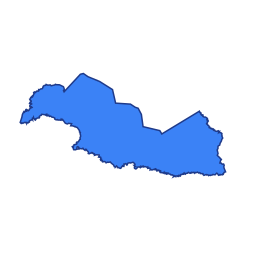 Wassa Amenfi Central, Western, Ghana (orthographic projection), rotated 105°
{"feature_id": "2480657B10255028610816", "entity_name": "Wassa Amenfi Central", "entity_type": "district", "adm_level": 2, "iso_a3": "GHA", "parent_name": "Ghana", "parent_adm1": "Western", "projection": "orthographic", "projection_center": [-2.243, 5.739], "detail": "fine", "context": "isolated", "style": "filled", "palette": "blue", "viewbox_px": 256, "rotation_deg": 105, "n_neighbors": 0, "source": "geoboundaries", "source_scale": "gbopen_adm2", "svg_char_len": 5927}
<svg xmlns="http://www.w3.org/2000/svg" viewBox="0 0 256 256"><g transform="rotate(105 128 128)"><path d="M109.5,220.6L110.1,220.4L110.4,220.8L111.8,220.8L112.4,221.2L112.7,222.2L113.9,223.4L114.0,224.2L114.7,223.9L115.5,224.0L115.6,224.9L116.1,225.3L116.1,225.9L117.6,226.5L117.3,227.3L117.4,227.8L118.3,228.3L119.1,227.5L119.8,227.9L121.3,227.9L121.5,228.5L122.0,228.8L121.8,228.3L122.8,228.3L124.0,229.9L124.8,229.8L124.7,229.4L125.6,230.4L126.7,229.4L126.8,228.6L127.6,228.3L128.5,229.2L129.6,229.4L129.3,228.2L129.7,227.3L131.4,228.7L132.9,228.3L132.5,226.7L133.0,226.0L133.8,227.1L135.5,228.2L136.1,228.1L137.2,228.8L137.3,229.6L136.7,229.8L136.3,230.8L136.6,231.4L137.4,231.4L138.2,230.8L138.8,232.4L139.1,232.0L139.7,232.0L139.8,233.0L142.2,233.5L145.1,233.3L150.5,233.6L151.1,232.6L150.9,232.4L151.1,232.1L150.4,231.7L150.7,230.8L149.4,229.5L149.4,228.0L148.9,227.9L149.1,226.9L149.6,226.8L148.8,226.5L148.8,225.7L148.0,225.4L147.8,224.8L146.6,225.0L145.6,223.9L145.5,224.1L145.6,223.7L144.4,222.9L144.9,222.2L143.2,222.8L142.9,222.2L142.1,222.1L143.3,221.4L143.4,220.7L144.1,220.2L144.3,219.5L143.3,219.2L143.0,219.6L141.6,217.7L141.3,216.4L140.5,216.2L139.8,216.7L138.2,215.5L138.2,215.1L137.1,214.9L136.7,212.0L136.9,210.9L136.1,210.8L135.7,210.1L136.8,209.9L137.3,209.3L136.3,208.7L136.2,207.8L136.9,207.5L137.2,206.9L136.5,205.7L137.2,204.4L137.0,202.8L137.4,201.3L138.3,201.1L138.7,200.0L138.6,199.0L138.1,198.4L138.5,197.6L138.1,196.9L137.9,195.1L136.7,194.9L137.5,193.8L136.7,193.4L139.6,189.8L139.8,187.9L139.7,187.4L138.9,186.7L138.4,183.6L140.7,183.9L140.3,182.5L140.3,180.4L140.6,180.0L140.2,179.2L140.7,178.3L140.6,177.2L142.9,174.4L143.3,174.3L143.6,173.8L144.4,173.8L144.8,172.8L146.0,172.8L146.9,172.1L148.3,171.6L149.8,171.8L151.2,171.2L151.6,171.7L154.2,172.4L155.0,173.9L155.7,174.0L156.4,173.3L156.9,173.5L158.1,175.8L159.1,175.7L160.5,177.0L161.1,176.2L161.0,175.8L161.7,175.7L163.0,174.9L162.7,173.2L161.9,172.1L159.5,172.3L159.0,171.6L159.5,170.5L161.2,170.6L160.8,169.5L160.3,169.2L160.0,166.8L159.2,166.3L160.1,165.2L160.7,163.7L159.6,163.5L159.5,162.6L160.1,162.4L161.2,160.3L162.0,159.8L162.9,159.8L163.0,158.9L161.8,157.4L161.7,157.0L161.1,156.6L161.5,156.1L161.1,155.7L162.0,154.6L161.6,154.2L161.7,153.7L162.4,153.2L163.0,153.2L162.0,151.6L161.5,148.9L162.3,148.6L163.7,148.9L163.6,147.6L163.3,147.3L163.4,146.7L164.2,146.6L164.7,146.3L165.3,146.4L165.1,145.8L166.3,145.8L166.0,144.6L167.0,144.3L167.2,144.0L166.8,143.7L167.1,143.4L166.4,141.8L167.0,140.3L167.3,140.1L166.3,138.9L166.3,138.2L165.4,136.2L166.3,135.0L167.4,132.4L168.9,131.2L168.8,130.2L169.1,130.1L167.6,129.3L168.1,128.4L169.0,127.9L168.7,127.1L169.0,125.0L168.4,124.3L167.2,124.1L166.5,123.4L165.9,123.5L166.2,122.1L165.7,122.0L163.9,122.6L163.7,121.8L163.1,121.3L163.4,120.3L164.1,119.8L164.0,119.4L163.6,119.1L162.8,119.5L161.9,118.9L161.1,117.2L161.2,116.6L159.8,114.3L160.6,112.5L161.4,111.8L162.3,112.0L162.5,112.5L163.3,110.9L163.8,111.7L164.6,111.6L165.2,111.3L165.6,110.2L165.3,109.5L163.9,108.7L163.4,108.8L162.6,107.0L163.1,105.9L162.2,105.7L162.2,105.1L161.9,105.3L162.0,104.9L161.4,104.6L161.4,104.1L160.8,103.5L160.9,103.1L161.6,102.9L160.8,101.3L161.0,99.2L160.5,98.8L161.1,98.4L161.4,98.6L161.1,98.7L161.4,99.0L161.8,98.5L161.1,96.5L161.8,96.0L162.8,95.8L162.2,95.1L162.4,94.0L160.9,91.7L161.2,91.3L160.3,91.0L160.3,90.7L160.8,89.5L161.2,89.9L161.2,89.3L162.0,89.0L161.7,88.4L160.8,87.6L160.9,86.6L161.2,87.1L161.5,86.6L161.1,86.3L161.2,85.7L161.4,85.4L162.5,85.6L162.7,85.2L162.2,84.7L162.5,83.9L162.1,82.6L162.4,82.3L161.5,81.8L162.1,81.6L161.9,81.1L162.6,80.4L162.3,79.8L161.8,79.8L162.6,78.7L162.3,78.3L161.4,78.8L161.2,77.4L161.5,77.4L161.8,76.4L161.7,75.1L162.3,74.2L161.8,73.4L161.8,72.7L162.3,72.2L162.0,71.3L162.3,71.0L163.2,71.3L162.2,70.2L162.7,69.7L162.6,69.2L162.1,69.4L161.5,68.1L161.9,67.5L161.7,66.6L161.3,66.6L161.1,67.1L160.6,66.7L161.0,66.3L160.5,66.1L160.4,65.6L160.9,65.4L160.9,65.0L160.5,64.9L160.4,65.2L159.2,64.9L158.4,62.6L158.0,62.8L157.9,62.4L157.7,62.6L156.9,62.2L157.5,61.7L157.8,60.7L157.2,60.4L157.0,60.6L156.3,58.9L155.2,58.4L154.9,58.6L155.6,57.3L155.6,56.6L155.2,56.2L155.5,56.0L154.9,54.9L154.3,54.9L154.3,53.5L153.7,52.9L154.2,52.2L153.9,52.2L153.8,51.1L153.5,51.0L153.6,50.8L152.6,49.4L153.2,48.2L152.6,47.5L152.6,46.9L153.3,46.4L152.7,43.8L153.5,43.5L154.1,42.4L152.7,40.5L153.0,39.8L152.6,39.5L152.7,38.5L153.1,37.8L152.6,37.5L152.5,36.1L152.1,35.9L151.8,34.7L150.8,33.9L150.9,33.0L150.6,31.7L148.7,30.7L148.8,29.9L150.2,28.3L149.2,27.2L149.6,26.9L149.1,26.3L148.7,24.6L148.0,24.6L148.0,24.0L146.0,23.7L145.1,22.4L141.8,24.9L140.3,25.5L139.3,25.4L138.2,26.1L138.1,26.6L138.5,26.9L138.3,28.3L137.8,28.8L138.0,30.2L135.2,30.1L134.3,29.6L134.1,29.7L133.6,31.1L132.9,31.6L132.1,33.4L131.2,34.7L129.4,34.4L126.1,36.2L124.5,35.8L122.7,36.3L122.0,36.2L120.8,35.0L119.1,35.1L116.2,34.4L114.9,34.5L113.2,33.9L111.4,35.3L111.0,35.2L109.4,36.0L109.0,35.9L108.4,37.3L108.7,37.9L108.6,38.8L108.2,38.8L108.9,39.3L107.7,39.4L107.3,39.8L107.7,40.2L107.7,40.8L108.2,41.1L108.4,42.6L108.1,43.5L107.8,43.6L108.1,44.4L107.7,45.1L107.2,44.7L106.8,45.4L107.1,46.9L106.8,47.1L107.2,47.4L106.9,48.5L106.3,48.9L106.6,49.2L106.6,49.7L105.9,49.7L105.4,50.1L104.8,50.8L104.7,51.6L103.9,52.1L103.8,52.8L103.4,52.7L103.2,53.2L102.0,52.7L101.1,53.0L101.0,52.6L100.5,52.7L100.4,52.4L99.9,52.7L99.8,53.5L99.5,53.4L99.2,54.0L98.6,53.6L98.1,54.0L97.4,55.9L97.7,56.9L97.5,58.5L97.1,59.0L96.2,58.8L95.9,59.2L96.5,60.1L96.2,60.8L95.6,60.9L95.4,61.6L94.6,61.5L94.3,62.8L93.7,63.0L93.7,63.4L93.4,63.5L125.0,93.8L122.3,96.6L122.8,113.8L111.4,118.6L106.3,123.3L106.1,126.4L104.3,131.8L107.2,146.4L94.9,152.9L90.4,167.5L88.8,180.0L86.9,185.2L88.4,187.9L109.6,199.1L108.6,200.0L107.1,199.5L105.1,200.8L104.8,201.2L104.0,205.3L104.7,208.5L104.6,209.5L105.3,209.8L107.1,213.2L106.5,214.2L107.4,216.6L107.1,218.4L108.1,218.6L108.6,219.9L109.5,220.6Z" fill="#3b82f6" stroke="#1e3a8a" stroke-width="1.5"/></g></svg>